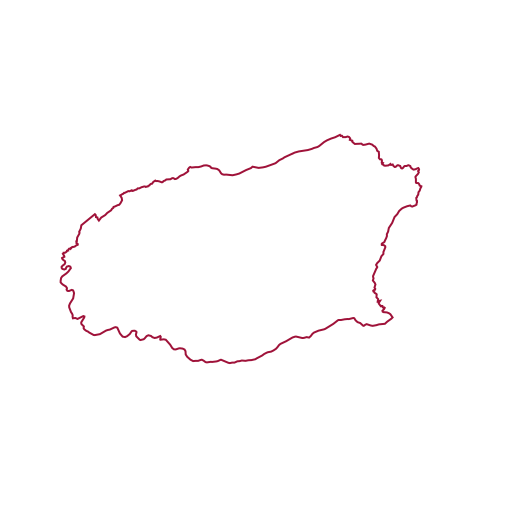 Balibo, Bobonaro, East Timor (Equal Earth projection), rotated 51°
{"feature_id": "22284137B63057021325797", "entity_name": "Balibo", "entity_type": "district", "adm_level": 2, "iso_a3": "TLS", "parent_name": "East Timor", "parent_adm1": "Bobonaro", "projection": "equal_earth", "projection_center": [125.004, -8.961], "detail": "fine", "context": "isolated", "style": "outline", "palette": "rose", "viewbox_px": 512, "rotation_deg": 51, "n_neighbors": 0, "source": "geoboundaries", "source_scale": "gbopen_adm2", "svg_char_len": 6091}
<svg xmlns="http://www.w3.org/2000/svg" viewBox="0 0 512 512"><g transform="rotate(51 256 256)"><path d="M214.7,114.5L213.5,119.8L212.0,123.7L210.8,128.0L210.3,131.3L210.3,137.6L210.0,139.6L208.5,143.0L207.9,145.2L206.3,149.0L201.7,156.9L200.0,160.8L197.2,171.8L197.1,173.7L196.2,177.6L196.2,181.9L196.0,183.0L192.8,192.2L191.5,194.8L189.2,198.5L184.4,202.5L184.5,204.6L183.0,209.5L181.4,217.1L180.2,220.0L178.5,223.4L174.0,227.9L172.7,229.7L171.2,230.8L169.8,231.1L166.3,230.7L164.1,231.3L162.8,232.3L160.1,234.9L159.3,235.3L158.4,235.4L158.0,235.2L156.9,235.6L155.0,236.9L154.2,237.6L152.8,239.6L151.9,242.3L150.7,244.8L148.8,247.2L146.7,250.4L145.4,251.1L145.3,252.4L145.9,254.6L147.3,255.1L147.5,256.1L147.1,261.0L146.3,263.4L146.0,265.2L146.1,268.0L145.7,269.8L145.1,270.7L143.7,271.1L143.1,271.6L142.7,272.5L142.5,274.2L140.1,277.5L140.1,279.1L139.6,280.7L139.8,282.1L139.5,282.8L137.0,284.3L135.7,285.4L134.8,286.6L134.0,286.8L133.8,289.2L134.4,291.3L133.8,292.3L133.8,293.6L134.1,294.5L133.7,295.4L133.9,296.3L133.3,297.2L133.0,298.2L132.1,298.5L131.6,299.1L130.5,301.7L130.0,304.1L129.0,305.4L129.2,307.0L128.7,308.0L127.9,310.8L127.6,311.2L127.1,311.0L126.7,311.2L126.1,313.6L125.2,314.4L124.3,318.4L123.9,318.8L124.1,320.1L123.8,320.7L123.7,322.2L123.4,323.5L126.3,323.8L128.4,325.0L129.7,328.2L130.1,330.1L129.4,331.6L128.8,334.3L128.2,335.8L128.8,336.6L128.7,338.1L129.3,339.9L128.9,344.5L129.3,347.4L128.7,352.1L129.6,355.8L127.6,355.7L126.2,355.0L125.1,355.9L123.3,354.8L122.1,354.9L122.2,372.4L124.4,374.9L126.0,378.3L126.9,378.5L127.6,379.5L129.1,383.3L131.3,385.5L131.4,386.2L131.9,386.1L132.8,387.4L134.6,387.0L135.1,387.5L134.6,389.1L134.6,390.9L134.0,392.3L133.4,393.0L133.3,394.4L133.7,394.7L133.7,395.7L133.2,395.6L133.2,396.0L132.7,396.7L133.0,398.0L133.6,398.5L132.9,399.6L133.4,400.2L133.4,402.0L132.4,403.5L132.9,403.9L132.8,404.7L135.1,405.0L136.0,405.4L135.5,408.0L136.1,408.3L137.5,408.3L139.8,407.7L141.1,408.4L141.9,409.9L141.8,412.1L142.0,413.8L142.9,414.5L144.2,414.6L145.8,413.5L146.3,411.9L145.7,411.1L145.2,409.7L146.0,407.8L147.4,407.0L148.9,407.5L150.0,411.6L150.2,414.3L149.9,419.5L150.5,421.4L152.3,423.4L153.5,424.4L154.9,424.4L156.7,424.1L160.1,422.9L162.0,423.1L163.0,424.4L164.4,424.5L165.5,423.4L166.4,420.5L167.6,419.8L168.7,420.1L170.4,420.8L173.9,424.8L175.8,430.4L177.0,432.5L178.4,433.5L183.3,435.1L185.0,435.2L186.6,435.7L187.8,436.8L189.2,437.5L190.5,435.4L192.6,434.3L194.0,428.0L195.0,427.4L195.7,428.2L197.5,433.4L198.0,434.0L199.2,434.5L202.4,434.1L203.6,435.4L204.9,435.6L207.4,435.0L208.8,434.2L210.5,433.8L215.2,431.9L216.0,431.1L218.5,426.5L219.6,419.4L220.2,417.8L221.2,415.9L222.4,411.0L223.0,409.8L224.4,408.9L230.6,410.5L234.7,410.4L236.6,408.8L237.2,406.7L237.2,403.2L236.3,400.2L236.3,399.4L237.4,397.7L237.9,397.2L239.5,396.6L240.2,397.0L241.4,398.7L243.1,399.6L247.8,399.1L248.6,398.7L250.0,395.7L250.0,394.6L249.4,391.4L249.9,389.5L252.1,387.9L253.9,387.6L255.9,386.4L257.0,384.4L257.9,380.8L258.9,380.9L260.5,382.9L260.9,383.0L262.7,380.1L264.3,378.8L270.9,378.5L274.8,379.0L276.9,378.5L278.1,377.2L279.2,374.2L279.8,373.2L281.8,371.3L283.7,370.4L285.6,370.7L288.3,372.6L291.0,372.9L295.3,372.2L298.1,371.0L299.5,368.9L301.1,366.9L301.9,364.6L302.5,363.4L304.3,362.6L306.7,362.0L307.8,361.1L309.8,357.7L310.7,356.8L312.9,353.3L313.6,351.9L314.4,348.8L314.7,348.4L321.6,344.7L322.8,343.7L323.8,341.7L325.3,339.8L326.1,336.8L327.4,334.9L328.3,332.8L330.9,330.1L332.2,327.6L334.0,325.1L335.8,321.5L336.0,319.8L337.2,313.9L337.3,311.3L337.9,308.4L338.3,307.2L339.8,304.5L340.4,301.9L340.7,298.9L340.4,296.9L339.7,294.1L339.7,292.3L341.2,286.2L342.3,278.9L343.3,276.3L343.9,275.5L348.8,271.7L349.7,270.5L350.9,267.7L352.8,266.1L352.7,263.9L352.0,261.1L352.0,259.1L353.4,254.3L355.8,249.3L356.2,248.0L357.4,238.7L357.5,232.8L357.7,232.1L359.2,230.3L361.0,226.9L362.6,224.5L363.5,223.5L365.4,219.4L366.2,218.8L368.7,219.1L371.3,218.7L373.7,217.2L377.6,216.6L378.1,216.2L378.2,214.3L378.6,212.9L382.3,210.5L383.7,209.3L385.5,206.0L386.5,203.5L389.8,198.5L389.6,195.4L389.9,190.3L389.7,188.5L385.8,188.2L384.1,188.7L382.2,189.8L379.8,192.3L379.0,192.6L378.1,192.2L377.9,190.0L377.3,188.6L376.7,188.7L376.4,189.6L375.5,189.8L374.9,189.3L374.4,189.2L373.8,189.8L373.6,190.6L370.2,190.5L369.6,189.8L368.9,187.7L368.4,188.7L368.4,189.5L368.1,190.2L367.6,189.8L367.1,188.8L366.3,188.2L363.9,188.4L361.8,186.4L361.3,186.3L359.3,187.0L358.5,186.7L357.5,187.1L356.7,186.7L356.7,185.9L357.1,184.7L356.6,184.0L355.1,183.8L353.3,181.1L351.5,180.6L348.6,180.6L347.3,178.7L346.0,178.2L345.3,177.7L341.5,170.4L341.2,169.2L340.9,168.7L338.5,168.3L337.8,166.4L337.4,162.7L335.1,158.7L334.6,155.7L333.1,154.5L330.6,150.0L329.7,149.4L328.8,149.6L327.9,149.9L326.6,151.3L325.8,150.8L325.6,150.2L325.9,147.8L325.8,147.1L325.2,146.2L324.1,143.7L322.9,141.7L321.4,140.6L320.2,138.0L317.8,135.1L316.0,129.4L312.9,123.8L312.4,119.9L311.1,116.4L310.9,112.9L311.2,111.1L312.4,107.3L313.8,104.3L315.0,104.1L315.9,103.5L317.0,100.1L317.1,99.0L316.1,98.0L315.6,97.1L314.5,96.2L314.0,96.4L311.7,94.9L311.5,93.7L310.9,93.0L310.4,91.3L308.7,89.6L308.2,87.6L306.9,85.7L306.3,84.1L305.9,83.6L304.3,84.5L303.0,84.0L301.5,84.0L300.1,85.5L299.4,85.4L296.7,83.2L294.9,82.4L294.6,81.7L294.1,78.3L293.4,76.8L292.0,76.6L291.8,75.4L291.5,74.9L290.9,74.6L289.8,74.5L289.5,75.2L289.0,77.3L288.1,79.1L287.3,79.5L285.6,79.9L284.5,80.0L283.2,79.5L281.5,80.3L281.2,80.8L280.8,82.4L279.7,83.7L279.6,84.6L280.0,86.0L280.0,87.2L279.5,87.7L278.7,87.9L276.8,87.3L274.9,88.4L274.5,89.0L274.6,91.4L274.1,92.2L272.4,92.5L270.9,92.2L270.3,93.7L269.9,94.0L269.1,93.7L268.9,96.1L267.3,98.6L266.4,99.5L265.1,99.6L264.5,100.1L263.7,100.1L263.5,98.8L262.3,99.3L261.3,98.2L260.1,97.7L259.7,97.8L258.9,98.8L257.1,98.8L255.2,97.0L252.3,95.0L250.5,95.6L248.4,94.8L245.8,94.7L244.6,95.3L242.6,95.6L239.9,97.3L238.3,100.9L237.2,102.7L236.6,103.1L235.0,103.4L231.1,108.7L228.1,109.3L227.6,109.2L227.3,108.7L227.0,108.6L224.8,110.0L223.9,108.8L222.1,108.8L220.8,109.6L220.0,111.6L218.4,113.6L216.7,113.5L216.3,113.8L216.0,114.6L214.7,114.5Z" fill="none" stroke="#9f1239" stroke-width="2"/></g></svg>